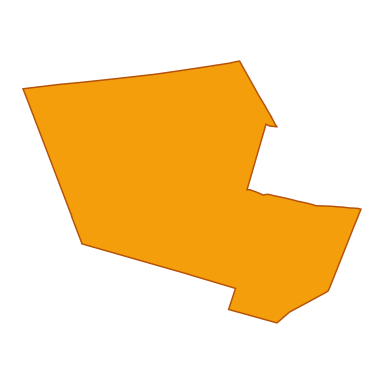 Traian, Olt, Romania (Natural Earth projection)
{"feature_id": "2599482B56106191533924", "entity_name": "Traian", "entity_type": "district", "adm_level": 2, "iso_a3": "ROU", "parent_name": "Romania", "parent_adm1": "Olt", "projection": "natural_earth1", "projection_center": [24.472, 44.005], "detail": "fine", "context": "isolated", "style": "filled", "palette": "amber", "viewbox_px": 384, "rotation_deg": 0, "n_neighbors": 0, "source": "geoboundaries", "source_scale": "gbopen_adm2", "svg_char_len": 1454}
<svg xmlns="http://www.w3.org/2000/svg" viewBox="0 0 384 384"><path d="M276.9,322.9L279.8,320.5L283.6,317.2L289.3,312.2L321.1,295.0L324.9,293.0L328.1,291.0L330.1,286.6L353.6,227.3L356.6,219.9L360.3,210.8L361.0,209.2L359.1,208.8L358.5,208.4L357.0,208.4L355.0,208.2L353.1,208.1L350.2,208.0L348.4,207.8L345.1,207.4L342.4,207.1L339.2,206.9L337.0,206.8L334.2,206.5L331.7,206.3L326.9,206.1L323.3,206.0L317.8,205.8L316.6,205.8L316.1,205.7L315.2,205.5L312.9,204.7L309.2,203.7L306.1,203.0L303.4,202.4L300.7,201.8L297.5,201.2L294.7,200.4L290.3,199.3L287.4,198.6L283.1,197.6L277.3,196.4L273.0,195.5L271.5,195.1L270.6,194.9L267.9,194.3L267.5,194.3L263.5,194.9L263.0,195.0L262.5,194.8L261.9,194.5L260.5,193.8L255.7,191.8L254.1,191.3L250.6,190.0L249.8,189.7L247.0,189.8L266.0,124.2L269.6,126.0L276.9,126.8L276.9,126.6L276.1,125.7L275.3,124.6L272.2,118.6L271.4,117.2L271.5,116.7L271.1,116.5L270.9,116.1L269.2,113.2L266.8,109.1L266.4,108.6L266.1,108.0L266.0,107.6L265.7,107.0L258.4,94.9L253.9,86.7L250.5,80.6L245.7,72.1L239.6,61.1L239.4,61.1L237.9,61.3L229.1,63.2L222.7,64.2L179.8,70.7L157.1,74.0L113.8,78.9L104.6,79.9L78.0,82.7L59.5,84.4L42.1,86.5L23.0,88.8L28.1,101.8L32.5,113.4L33.4,115.5L33.6,116.1L33.7,116.5L34.1,117.5L36.3,123.3L71.8,216.3L71.6,216.4L75.8,227.5L80.8,240.5L82.0,243.9L93.6,247.2L189.8,274.7L190.4,275.0L195.5,276.5L235.5,288.4L228.6,309.5L266.8,320.1L267.2,320.2L276.2,322.7L276.9,322.9Z" fill="#f59e0b" stroke="#b45309" stroke-width="1.5"/></svg>